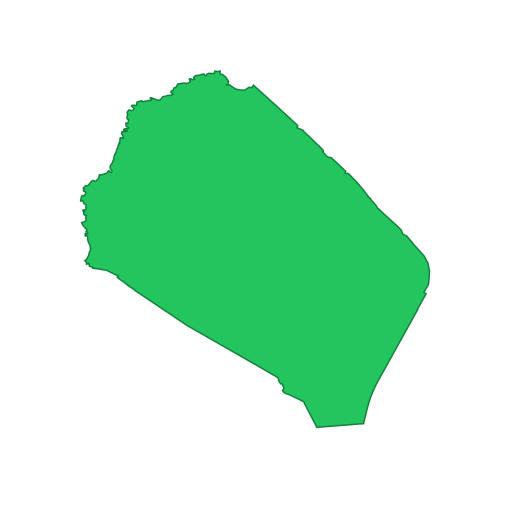 Waalre, Noord-Brabant, Netherlands, rotated 44°
{"feature_id": "6326949B57624243850384", "entity_name": "Waalre", "entity_type": "district", "adm_level": 2, "iso_a3": "NLD", "parent_name": "Netherlands", "parent_adm1": "Noord-Brabant", "projection": "orthographic", "projection_center": [5.434, 51.386], "detail": "fine", "context": "isolated", "style": "filled", "palette": "green", "viewbox_px": 512, "rotation_deg": 44, "n_neighbors": 0, "source": "geoboundaries", "source_scale": "gbopen_adm2", "svg_char_len": 5799}
<svg xmlns="http://www.w3.org/2000/svg" viewBox="0 0 512 512"><g transform="rotate(44 256 256)"><path d="M101.1,148.8L100.3,150.0L99.5,150.5L98.3,151.2L98.1,151.5L98.1,151.8L99.1,153.2L99.1,153.4L98.6,154.2L97.7,155.2L95.1,157.4L94.5,159.3L94.7,161.0L94.5,161.3L94.0,161.7L93.7,161.7L92.8,161.3L92.1,161.3L91.8,161.5L90.9,162.9L89.8,165.1L87.9,167.5L87.2,168.3L87.1,169.3L87.0,170.1L87.1,171.0L87.4,171.3L89.0,171.2L89.2,171.4L89.2,171.6L88.8,172.3L87.9,173.2L86.0,173.8L85.3,174.4L85.2,174.6L85.3,174.9L85.4,175.3L85.6,175.5L87.4,175.9L87.7,176.3L87.1,178.5L86.6,179.5L85.9,180.3L84.1,181.6L80.4,186.3L80.3,186.6L80.3,186.9L81.1,189.2L81.2,190.2L81.2,190.6L80.6,191.3L80.3,191.9L80.3,192.4L80.8,193.0L81.2,194.0L81.1,194.8L80.7,195.6L80.5,196.1L80.6,196.9L80.9,197.3L81.4,197.4L82.4,197.3L83.7,197.0L84.1,197.2L84.1,197.6L82.6,200.1L81.8,201.1L81.0,201.7L80.7,202.1L80.4,202.9L80.2,203.5L79.9,204.1L78.8,205.2L78.6,205.6L78.3,206.3L78.4,207.3L78.6,208.8L78.4,210.9L77.9,211.6L76.7,212.3L70.7,215.0L70.2,215.4L70.2,215.8L70.6,216.1L72.3,216.2L72.5,216.8L72.3,217.3L72.2,217.5L70.8,218.5L70.1,219.7L69.7,220.7L69.4,221.1L69.0,221.3L68.7,221.5L68.2,222.9L67.8,223.6L67.3,223.7L66.3,223.7L65.8,223.8L65.4,224.5L64.4,226.4L63.5,227.7L63.6,228.0L63.7,228.3L65.1,230.0L65.3,230.3L65.2,230.7L65.1,231.1L64.0,231.9L62.9,232.9L62.3,233.7L62.1,234.2L62.4,234.6L64.8,234.4L65.6,234.6L65.8,234.8L66.1,235.4L66.1,236.0L66.1,236.7L65.9,237.3L65.6,237.8L65.4,238.0L63.6,238.8L63.4,238.9L63.2,239.3L63.1,239.7L63.3,241.5L63.5,242.1L65.4,243.5L65.9,244.3L66.7,245.6L67.3,246.4L67.6,246.6L68.0,246.8L68.5,246.8L68.8,246.8L69.3,246.3L69.8,246.4L70.4,247.6L71.6,249.5L71.5,250.0L70.1,250.7L70.5,251.2L71.2,251.9L72.2,252.7L72.6,252.8L73.3,252.7L74.9,252.2L75.3,252.3L75.6,252.6L75.4,253.2L74.6,254.2L73.3,255.6L73.0,256.5L73.0,256.8L73.2,257.3L73.8,257.5L74.1,257.3L74.6,256.4L75.3,255.7L75.7,255.5L76.0,255.4L76.4,255.5L76.5,255.7L76.1,256.4L73.4,259.7L73.4,260.1L73.5,260.4L74.2,261.2L74.8,261.6L75.5,261.7L76.1,261.6L76.3,261.7L77.3,262.5L78.7,263.2L78.7,263.3L78.6,263.6L78.4,263.8L76.5,264.9L76.4,265.2L76.4,265.6L77.0,266.5L77.4,266.9L78.1,267.6L78.8,268.8L79.3,269.4L79.8,269.9L79.2,270.3L80.9,273.5L81.5,274.6L81.4,274.7L81.5,275.3L82.9,277.9L83.6,280.2L84.2,281.7L85.1,283.4L86.0,284.5L86.3,285.0L86.8,286.4L87.8,288.5L88.1,289.5L88.3,291.3L88.5,292.3L89.3,293.4L89.9,293.9L91.0,294.5L92.6,294.7L93.2,294.9L93.7,295.3L94.0,295.7L94.1,296.1L94.0,296.3L93.7,296.6L93.1,296.9L92.5,296.9L91.1,296.7L90.8,297.0L90.7,297.4L90.8,298.2L91.2,299.5L91.2,300.0L89.6,302.8L88.9,304.4L88.2,305.3L87.3,305.9L87.1,306.3L87.1,306.7L87.4,307.2L87.7,307.7L88.5,308.6L88.8,309.7L88.8,312.8L88.6,313.8L88.2,314.2L86.9,314.5L86.3,315.0L86.1,315.2L85.8,316.0L85.8,316.7L85.8,318.4L86.3,321.1L86.1,321.8L85.8,322.5L84.8,323.8L84.6,324.0L84.5,324.7L84.5,327.1L84.8,327.3L86.3,327.2L86.2,328.5L86.3,328.8L86.6,329.0L88.9,328.5L89.6,328.8L90.3,329.6L90.4,332.1L89.2,333.0L89.0,333.3L89.0,333.6L89.1,334.3L89.5,335.0L90.9,337.2L91.3,338.0L91.7,338.2L91.9,338.1L92.7,336.9L92.9,336.8L93.9,336.8L95.4,337.6L95.8,337.8L97.7,337.3L98.4,337.3L98.6,337.4L99.4,339.0L100.3,339.3L100.6,339.5L100.8,339.7L101.0,340.2L101.0,340.6L101.0,340.8L100.5,341.9L99.7,343.3L99.7,343.5L99.8,343.7L100.2,343.7L101.3,342.7L101.7,342.6L101.8,342.8L101.5,343.5L101.3,344.1L103.1,345.5L103.8,345.7L104.3,345.7L105.6,344.6L105.8,344.6L106.0,344.7L106.3,345.9L106.7,346.6L107.2,347.1L108.6,347.8L108.9,348.2L109.1,348.7L109.0,349.6L108.6,351.0L108.4,351.3L107.6,352.3L107.5,352.5L107.5,352.8L107.6,353.2L108.2,353.5L109.3,353.9L111.7,354.3L113.6,354.5L114.2,354.6L115.4,354.3L115.9,354.3L116.2,354.5L116.4,354.9L116.5,355.1L116.6,356.1L116.7,356.4L117.0,356.5L118.3,356.0L118.7,356.2L119.1,356.5L119.2,356.9L119.2,357.7L119.1,358.0L118.7,358.2L118.0,358.0L117.6,358.0L117.4,358.3L117.4,358.5L119.2,360.1L119.4,360.2L119.6,360.1L120.0,359.2L120.3,358.9L121.0,358.8L121.3,359.0L122.3,359.9L123.4,361.1L124.9,361.9L126.7,362.8L128.7,363.4L131.2,365.0L131.6,365.7L131.9,365.7L132.2,365.5L132.7,366.7L133.6,369.3L135.1,371.5L135.7,373.5L136.4,376.4L136.4,376.9L136.0,378.1L136.9,378.1L138.3,378.5L138.6,378.7L139.3,378.9L139.8,379.5L140.5,378.2L140.7,377.4L143.1,379.0L147.2,377.4L147.4,378.0L150.8,375.3L156.6,371.4L157.9,370.3L171.0,366.1L171.2,367.8L184.3,365.9L184.3,366.2L193.2,364.6L193.3,364.8L254.5,353.9L325.5,335.9L356.1,328.3L357.0,328.6L357.8,329.1L358.6,329.8L359.1,329.9L359.8,330.3L360.7,330.5L362.3,330.7L363.0,330.6L363.6,329.8L363.8,329.7L364.1,329.8L364.7,330.4L365.2,330.6L366.3,330.8L367.8,331.7L368.1,332.3L368.6,334.4L369.4,334.3L369.6,334.4L369.7,334.6L371.8,334.7L377.2,332.3L392.1,327.5L392.7,328.2L418.8,337.0L447.7,304.2L449.9,302.0L441.6,287.9L439.0,283.0L436.6,278.0L435.5,275.4L433.5,270.2L432.6,267.6L431.7,264.9L430.2,259.5L409.5,182.2L409.2,182.4L404.6,165.0L402.1,165.7L399.7,156.4L391.5,146.5L384.9,141.8L376.9,139.2L361.2,138.1L361.0,138.3L360.6,138.0L350.5,136.9L347.4,138.1L346.0,138.1L342.6,136.5L336.9,136.3L322.8,136.8L317.2,136.9L314.4,136.8L311.5,136.9L311.3,137.2L310.4,137.1L307.4,136.3L306.2,136.2L298.8,135.5L298.5,135.1L295.1,135.5L295.1,135.1L286.5,133.8L280.6,133.2L278.8,133.4L278.7,133.0L274.1,132.7L272.5,133.0L272.4,132.7L265.3,132.5L262.6,134.5L261.6,132.8L249.5,132.8L241.8,133.0L238.7,135.1L231.7,134.8L232.0,134.1L230.4,133.2L210.5,133.1L203.5,133.3L203.4,132.9L202.2,132.9L196.4,135.3L195.4,133.2L183.5,133.4L162.2,134.0L135.5,134.9L136.1,138.0L135.6,138.3L135.4,138.2L134.8,138.8L134.0,139.2L133.6,140.4L132.9,143.8L132.6,144.5L131.9,145.3L129.1,147.7L125.5,150.0L124.4,150.3L122.2,150.6L117.8,151.4L117.6,151.6L116.1,153.3L116.0,153.2L116.2,152.1L116.1,151.5L115.9,151.1L115.1,149.6L110.9,148.5L106.4,148.6L103.4,149.9L101.8,147.8L101.1,148.8Z" fill="#22c55e" stroke="#15803d" stroke-width="1.5"/></g></svg>